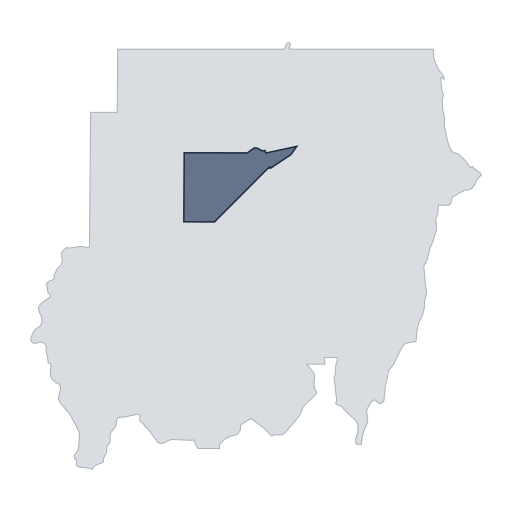 Al Golid, Northern, Sudan shown in context
{"feature_id": "16777658B20227076213030", "entity_name": "Al Golid", "entity_type": "district", "adm_level": 2, "iso_a3": "SDN", "parent_name": "Sudan", "parent_adm1": "Northern", "projection": "natural_earth1", "projection_center": [29.801, 17.722], "detail": "fine", "context": "in_parent", "style": "filled", "palette": "slate", "viewbox_px": 512, "rotation_deg": 0, "n_neighbors": 0, "source": "geoboundaries", "source_scale": "gbopen_adm2", "svg_char_len": 4232}
<svg xmlns="http://www.w3.org/2000/svg" viewBox="0 0 512 512"><path d="M361.4,444.3L356.3,444.3L355.8,442.9L355.8,439.1L356.4,436.2L358.2,431.7L357.7,429.2L358.0,425.7L356.7,421.6L344.5,410.0L342.1,406.8L335.6,403.9L336.7,400.6L334.0,376.8L335.3,374.1L335.7,369.9L335.6,366.3L337.2,360.2L337.3,357.6L324.5,357.4L324.3,360.0L324.9,363.0L324.9,364.1L306.9,364.2L314.2,373.5L314.5,377.6L314.1,382.7L314.2,386.0L314.6,388.1L316.5,392.3L316.4,393.1L316.0,394.1L303.3,406.5L301.2,412.3L299.5,415.3L295.8,420.4L284.2,433.7L282.3,434.6L273.4,435.0L272.6,435.4L271.9,436.0L271.5,435.8L263.9,428.0L251.1,418.6L242.7,423.5L240.4,425.3L240.4,429.8L239.1,432.1L236.8,434.6L230.6,436.2L227.3,437.6L223.5,440.1L219.7,444.4L219.4,446.6L219.8,448.6L198.3,448.5L196.9,446.9L193.8,439.9L191.6,440.3L171.9,439.5L169.1,440.2L163.5,443.1L160.7,443.6L157.8,442.3L147.5,428.4L145.3,426.8L143.0,423.5L140.8,422.0L140.0,421.0L139.8,419.5L139.9,416.5L139.1,414.6L137.5,414.1L123.6,417.3L121.7,417.0L118.7,417.5L117.7,418.1L116.6,419.9L116.3,423.7L116.0,425.6L114.9,427.7L110.9,432.4L110.1,434.4L110.2,439.6L110.0,442.2L109.4,443.4L107.6,445.4L107.0,446.6L106.3,453.2L104.1,457.2L103.6,458.6L103.5,461.5L103.1,462.4L96.8,464.7L94.5,466.1L93.0,468.4L92.7,469.3L90.0,468.5L86.6,467.9L80.0,467.2L77.4,466.2L76.2,464.6L76.6,460.6L76.0,459.7L74.9,459.0L74.2,457.3L74.4,455.2L77.8,450.6L78.6,448.1L79.5,436.5L79.3,432.9L76.6,426.4L70.3,415.2L68.8,413.0L61.0,403.7L60.1,402.3L58.2,398.4L60.4,389.9L60.5,387.5L60.0,385.0L58.0,383.2L56.2,383.0L53.9,380.7L52.4,379.7L51.1,377.6L50.2,374.8L50.9,364.7L50.5,363.4L48.5,363.0L48.0,362.3L48.1,360.4L47.0,354.6L45.9,349.8L46.5,347.2L44.9,343.6L41.7,342.1L35.4,343.3L33.5,343.1L32.1,342.4L31.2,341.1L30.7,339.5L31.2,337.2L33.0,332.9L35.2,329.4L39.8,326.2L41.0,324.5L41.7,322.6L41.9,320.4L41.6,318.1L41.1,316.0L39.8,313.2L38.6,309.9L38.6,307.8L39.2,306.2L40.4,304.3L44.9,300.5L49.5,297.4L50.3,296.3L50.0,295.0L47.9,292.5L47.3,287.5L46.2,284.1L48.5,281.5L50.2,280.6L52.9,279.8L54.0,278.7L54.3,276.6L54.2,274.6L55.2,273.1L56.5,270.0L57.6,268.5L61.1,264.8L61.9,262.4L62.2,260.1L61.3,253.1L63.3,250.2L65.9,247.8L69.6,248.0L75.4,247.4L79.3,246.4L82.1,246.5L88.5,247.8L89.2,247.2L89.5,245.4L90.6,112.4L116.9,112.4L117.2,112.2L117.7,49.2L283.1,49.2L284.4,49.0L287.0,43.1L288.1,42.7L289.8,43.0L290.4,44.4L289.0,49.2L433.3,49.2L433.7,56.4L435.0,62.1L439.2,70.4L442.7,74.8L444.0,77.2L444.1,78.4L444.0,79.4L442.9,78.2L441.1,77.4L440.9,81.2L441.8,89.1L443.4,94.7L442.4,99.8L442.6,108.4L444.6,118.8L444.3,125.4L447.5,140.9L450.5,149.5L452.2,151.6L454.0,152.7L457.5,153.5L462.7,157.8L466.8,162.4L468.3,164.8L470.3,167.5L471.6,167.0L472.4,166.3L473.8,168.4L480.3,173.1L481.3,175.2L479.0,177.3L476.3,180.9L475.1,184.3L474.4,185.3L472.3,187.4L471.9,188.5L471.0,189.1L470.0,189.1L467.8,190.3L465.8,189.9L463.8,190.6L463.1,191.4L461.5,192.1L459.4,192.5L456.0,195.3L453.1,196.7L452.1,197.8L450.7,203.5L449.5,205.0L445.2,205.1L443.1,205.6L440.2,205.0L438.8,205.0L438.4,206.2L437.9,211.1L438.0,213.2L435.7,218.7L436.5,229.1L434.2,236.8L433.9,238.6L431.5,244.8L430.3,247.1L427.4,258.5L426.2,262.1L423.7,265.8L426.5,293.4L424.4,301.8L424.6,306.4L423.1,313.2L421.9,316.4L420.0,320.2L418.4,324.4L417.0,330.0L416.1,340.6L415.7,341.6L407.9,342.9L405.5,343.6L403.9,344.8L401.9,347.5L398.0,355.0L396.0,359.5L392.7,365.8L389.0,370.2L388.2,372.3L387.6,376.3L386.2,382.7L385.0,387.2L385.2,390.8L384.1,397.1L384.2,400.1L382.9,401.9L381.2,403.5L379.9,403.9L374.5,399.7L370.8,402.6L368.4,406.6L366.6,410.7L367.7,419.4L367.6,421.4L367.1,423.4L363.5,432.0L362.5,435.9L361.4,442.7L361.4,444.3Z" fill="#d9dde1" stroke="#a8b0b8" stroke-width="1"/><path d="M285.9,158.0L291.0,154.6L291.3,154.1L291.7,153.6L294.7,149.3L296.4,146.8L296.7,146.4L265.9,153.0L265.5,152.2L265.3,151.5L265.2,151.4L265.2,151.2L265.0,150.8L264.8,150.4L262.1,150.8L259.5,149.3L256.7,148.0L254.4,147.9L251.0,150.2L247.6,152.7L246.3,152.9L242.3,152.9L238.1,152.9L230.1,152.9L217.7,152.8L202.1,152.8L185.3,152.8L184.4,152.8L184.2,152.8L183.8,221.7L183.8,221.8L204.0,221.9L214.5,221.9L214.8,221.6L235.1,201.3L242.9,193.5L259.8,176.5L264.4,171.8L267.8,168.7L269.6,167.1L269.7,167.6L269.8,167.5L270.4,167.4L270.7,168.1L273.8,166.0L285.9,158.0Z" fill="#64748b" stroke="#1e293b" stroke-width="1.5"/></svg>